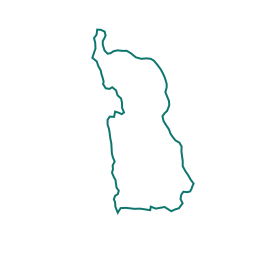 Wenceslau Braz, Minas Gerais, Brazil (Equal Earth projection), rotated 318°
{"feature_id": "56859067B98863111955151", "entity_name": "Wenceslau Braz", "entity_type": "district", "adm_level": 2, "iso_a3": "BRA", "parent_name": "Brazil", "parent_adm1": "Minas Gerais", "projection": "equal_earth", "projection_center": [-45.398, -22.544], "detail": "fine", "context": "isolated", "style": "outline", "palette": "teal", "viewbox_px": 256, "rotation_deg": 318, "n_neighbors": 0, "source": "geoboundaries", "source_scale": "gbopen_adm2", "svg_char_len": 1567}
<svg xmlns="http://www.w3.org/2000/svg" viewBox="0 0 256 256"><g transform="rotate(318 128 128)"><path d="M170.9,34.3L167.1,37.6L162.9,38.5L160.6,42.8L157.0,47.2L152.8,49.5L148.5,52.0L149.3,57.7L147.3,62.2L146.3,66.8L144.5,69.9L142.8,73.6L141.1,77.0L138.8,78.9L138.0,83.6L140.5,86.6L143.5,87.1L144.3,92.0L142.1,96.8L142.6,101.4L140.5,105.1L137.1,109.1L135.4,113.8L132.6,113.5L131.3,110.4L129.4,107.2L125.1,110.4L122.0,107.3L118.2,108.3L114.9,112.1L113.5,115.5L111.1,119.3L107.7,124.2L105.5,128.0L102.3,132.0L99.1,136.0L97.2,139.5L95.7,143.9L91.5,145.6L89.2,148.6L86.2,150.5L84.7,154.8L83.9,158.3L81.8,161.4L79.6,164.6L79.2,168.4L76.2,170.3L73.0,169.8L69.8,171.5L68.7,174.6L66.0,178.0L63.7,184.1L68.9,182.6L73.2,186.1L78.4,192.1L83.3,196.3L89.5,203.9L92.3,201.7L94.7,206.5L102.3,211.2L104.5,218.8L108.7,220.1L112.1,221.7L118.2,220.5L119.6,215.8L123.1,213.2L126.5,212.4L129.2,215.4L131.7,216.7L134.3,215.8L136.8,214.4L139.5,213.3L140.1,207.9L141.1,203.7L141.8,198.3L143.1,193.0L146.7,189.0L149.4,185.0L152.1,181.1L155.4,177.7L156.4,173.4L155.0,169.0L155.2,164.7L155.8,160.6L157.5,156.5L158.3,150.8L159.1,146.6L161.5,142.3L165.0,141.5L168.4,141.5L171.4,140.0L173.9,138.7L176.5,135.4L178.0,131.2L179.8,126.3L183.8,123.8L186.2,121.2L187.9,117.7L189.4,114.2L190.7,110.0L191.6,106.0L192.1,100.8L192.3,95.4L191.2,91.8L188.3,88.6L184.2,85.5L181.1,80.7L180.2,74.7L178.7,69.8L175.3,66.8L172.3,63.4L168.7,61.3L165.3,60.8L162.6,59.2L162.4,54.8L164.8,49.5L167.4,46.5L170.5,45.5L173.3,44.2L175.1,40.7L173.5,36.8L170.9,34.3Z" fill="none" stroke="#0f766e" stroke-width="2"/></g></svg>